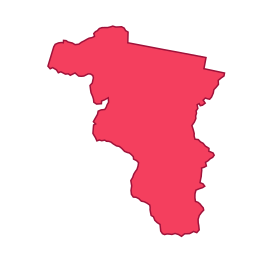 Mariana Pimentel, Rio Grande do Sul, Brazil (orthographic projection), rotated 190°
{"feature_id": "56859067B12281818567155", "entity_name": "Mariana Pimentel", "entity_type": "district", "adm_level": 2, "iso_a3": "BRA", "parent_name": "Brazil", "parent_adm1": "Rio Grande do Sul", "projection": "orthographic", "projection_center": [-51.582, -30.296], "detail": "fine", "context": "isolated", "style": "filled", "palette": "rose", "viewbox_px": 256, "rotation_deg": 190, "n_neighbors": 0, "source": "geoboundaries", "source_scale": "gbopen_adm2", "svg_char_len": 2537}
<svg xmlns="http://www.w3.org/2000/svg" viewBox="0 0 256 256"><g transform="rotate(190 128 128)"><path d="M44.7,122.0L46.6,122.8L48.7,123.6L51.4,126.0L54.2,126.9L56.8,128.8L60.1,128.6L61.5,131.6L61.9,134.2L63.5,137.7L65.5,141.5L63.7,145.4L62.8,149.1L63.5,151.6L63.1,154.4L63.9,156.7L62.6,159.4L64.0,162.9L62.2,164.4L60.7,162.5L58.6,163.4L56.3,165.9L58.8,168.5L57.1,170.9L54.8,170.6L52.6,170.5L51.1,173.0L50.1,177.2L50.1,180.7L48.3,183.4L46.5,186.6L47.4,190.6L44.9,193.5L42.5,195.9L42.5,198.9L63.5,199.6L63.4,210.9L92.5,211.3L106.2,211.4L134.3,211.8L143.0,211.9L144.6,222.5L147.3,223.5L149.1,225.7L151.9,226.6L154.4,226.0L157.5,225.3L160.7,225.7L162.7,224.6L165.4,223.4L168.7,222.8L171.1,222.3L173.5,221.0L175.2,218.4L176.8,217.2L178.1,215.1L176.9,212.4L179.1,210.8L181.9,209.7L183.9,208.2L186.4,206.1L188.7,204.4L191.0,202.0L194.6,200.9L197.5,202.0L201.9,202.3L204.2,203.3L206.7,203.1L206.5,200.7L208.6,200.6L211.3,199.7L214.2,197.8L215.2,195.1L217.6,175.0L214.9,172.8L212.7,174.4L208.5,172.8L206.2,170.3L203.9,171.7L199.0,170.2L196.2,171.0L194.0,169.9L189.7,173.0L185.6,170.6L183.1,170.8L180.5,171.5L176.6,174.4L174.3,174.7L171.8,173.6L170.8,171.4L171.0,166.1L172.8,163.3L171.4,158.8L170.5,156.3L168.2,152.8L167.0,150.4L166.1,147.4L163.1,146.1L158.4,147.3L158.7,150.0L156.2,151.5L152.7,154.3L151.6,150.0L152.6,147.3L153.1,144.5L154.1,142.2L157.6,141.2L160.3,139.4L160.4,136.2L162.3,130.9L163.2,128.2L160.6,126.4L162.4,125.0L162.1,121.4L161.6,116.6L160.2,114.9L158.3,112.7L156.4,109.9L154.1,111.2L151.7,110.9L148.8,112.0L146.9,111.2L144.6,111.5L142.4,111.2L139.8,109.8L136.3,108.4L133.3,108.3L130.7,106.9L127.3,104.4L124.6,103.8L122.2,103.6L120.1,102.4L117.8,100.7L117.1,98.3L113.9,97.4L111.6,95.7L111.5,92.2L112.0,88.7L113.1,86.6L114.3,83.5L114.8,80.1L116.1,76.7L114.3,71.7L114.2,67.0L113.1,63.3L110.8,60.9L108.0,61.2L105.1,60.3L102.2,58.3L99.2,58.2L96.0,57.2L93.2,55.9L92.4,53.7L92.1,51.4L90.9,48.1L90.0,45.9L87.5,45.0L85.5,41.7L82.8,39.9L79.7,38.6L77.9,32.2L75.7,29.9L73.5,29.4L71.3,30.4L69.1,30.7L66.3,30.8L63.3,32.3L59.8,31.9L56.5,30.6L53.9,33.6L51.7,34.1L49.0,34.7L47.3,36.0L45.5,37.5L42.1,36.9L40.2,40.0L41.4,44.2L42.4,46.9L43.1,50.2L42.6,54.3L40.9,57.7L39.2,60.3L40.1,62.5L41.9,63.9L43.9,65.7L46.2,67.0L48.8,67.4L50.0,70.9L50.6,74.8L50.3,78.6L47.4,80.5L44.2,82.2L42.3,84.0L44.4,86.0L47.6,86.7L47.6,89.9L47.5,93.1L47.8,96.0L48.0,99.1L48.6,101.3L46.3,102.5L44.2,104.2L45.7,107.6L43.4,109.7L41.7,112.0L39.5,113.8L38.4,116.2L39.9,118.2L42.2,118.7L44.4,119.2L44.7,122.0Z" fill="#f43f5e" stroke="#9f1239" stroke-width="1.5"/></g></svg>